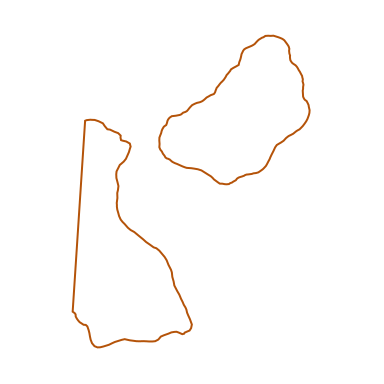 North Thiladhunmathe, Maldives (Mercator projection), rotated 94°
{"feature_id": "70690204B83662482201246", "entity_name": "North Thiladhunmathe", "entity_type": "district", "adm_level": 2, "iso_a3": "MDV", "parent_name": "Maldives", "parent_adm1": "", "projection": "mercator", "projection_center": [72.988, 6.959], "detail": "fine", "context": "isolated", "style": "outline", "palette": "amber", "viewbox_px": 384, "rotation_deg": 94, "n_neighbors": 0, "source": "geoboundaries", "source_scale": "gbopen_adm2", "svg_char_len": 4065}
<svg xmlns="http://www.w3.org/2000/svg" viewBox="0 0 384 384"><g transform="rotate(94 192 192)"><path d="M319.7,302.7L321.0,300.6L322.2,299.6L324.4,299.3L326.4,298.0L328.0,296.7L329.7,295.0L330.9,292.8L332.0,290.9L332.0,288.7L333.4,287.0L337.2,285.4L340.0,284.5L343.3,283.7L346.4,282.8L349.8,281.2L352.6,278.5L353.6,275.4L353.3,272.7L352.3,269.6L350.2,264.2L348.4,261.1L347.0,258.5L345.6,254.9L344.4,251.8L343.5,248.9L343.9,246.3L344.3,243.6L344.5,240.1L344.7,237.2L344.6,234.1L344.2,230.3L344.1,227.2L344.1,224.0L343.9,221.3L343.4,218.3L342.3,216.5L341.7,215.5L340.9,214.8L338.4,213.0L336.9,210.1L334.9,205.5L333.5,202.8L332.8,199.9L332.5,197.7L333.1,195.6L334.0,193.1L334.5,191.8L333.9,190.0L332.8,189.5L331.7,187.4L330.4,184.8L327.9,183.4L324.2,182.9L319.0,185.2L315.3,187.2L312.7,188.5L309.7,189.4L307.6,190.5L305.1,192.3L302.3,193.7L299.3,195.5L295.3,197.5L291.9,199.8L286.5,203.1L282.5,204.1L278.1,205.7L273.6,206.5L271.1,207.5L266.3,210.4L261.9,212.5L258.8,214.7L256.1,217.3L252.8,220.5L250.6,223.6L249.9,226.4L247.4,230.4L245.1,234.3L242.5,237.6L240.6,240.3L238.7,243.0L235.9,246.9L234.2,250.6L232.1,253.5L228.6,257.0L226.7,259.2L224.5,261.2L221.2,263.0L217.5,264.3L214.8,265.3L211.9,265.9L210.2,266.0L208.2,266.3L203.2,266.0L198.2,266.5L195.2,266.0L191.2,265.8L187.4,267.0L183.3,268.4L179.6,268.8L176.7,268.7L173.4,267.3L170.0,265.9L168.8,264.6L166.4,262.2L163.5,260.2L160.2,259.0L156.6,257.7L153.3,257.0L151.0,256.4L148.0,257.4L146.2,261.1L145.6,264.9L145.2,266.4L142.8,267.1L140.7,267.1L138.4,269.8L137.3,273.6L135.5,278.1L135.3,280.8L132.4,283.6L129.7,285.7L127.9,290.2L126.9,294.1L127.0,296.5L127.0,298.5L127.4,300.7L127.7,302.2L128.4,303.6L319.7,302.7ZM181.6,162.3L181.9,159.8L181.9,158.1L181.5,155.7L180.5,154.5L179.8,152.8L178.8,151.6L177.2,149.1L175.6,148.1L174.4,146.6L173.7,145.0L173.0,143.1L172.1,141.1L171.4,140.2L170.8,138.8L170.5,136.9L170.2,135.5L169.8,133.6L169.1,132.0L168.6,129.4L167.8,127.2L166.0,124.9L164.4,123.0L163.4,122.1L160.9,120.1L158.9,119.1L156.3,118.0L153.9,116.9L152.0,116.3L149.4,115.3L145.4,113.6L141.7,112.2L139.2,110.7L137.6,108.4L136.6,106.9L134.5,104.2L131.6,101.9L129.5,99.6L128.1,97.2L126.8,95.1L125.0,93.2L123.9,92.0L122.8,90.4L122.0,89.1L120.4,87.7L118.5,86.1L115.9,84.4L113.5,83.0L111.0,81.9L107.2,80.8L104.9,80.4L102.2,80.4L98.9,81.4L97.1,81.8L95.1,82.9L93.3,84.0L92.4,85.5L91.7,86.3L90.5,87.1L89.2,87.8L86.2,88.2L83.2,88.6L81.3,88.4L79.5,88.5L77.2,88.3L75.5,88.8L74.0,89.4L71.7,89.3L70.1,89.9L68.5,90.3L67.9,90.7L66.0,91.9L64.5,92.8L63.0,94.0L61.3,95.0L59.8,96.1L58.4,97.5L57.5,99.1L56.4,100.9L55.2,102.0L53.8,103.0L52.3,103.4L50.6,103.7L49.0,103.7L47.1,104.5L44.4,105.0L42.3,104.9L40.1,105.7L38.3,107.0L36.4,108.6L34.2,110.5L33.0,112.4L32.2,114.6L31.6,116.6L31.0,119.1L30.4,121.7L30.8,124.5L30.8,126.9L31.2,129.7L32.6,131.5L33.2,132.9L34.4,134.6L35.5,136.1L36.7,137.2L38.3,138.5L40.0,139.8L41.0,141.1L41.8,142.3L42.6,143.8L43.3,145.2L44.3,147.2L45.0,148.5L46.2,150.0L47.7,150.9L49.3,151.5L51.0,152.2L53.4,152.5L55.2,152.8L56.6,153.1L59.2,153.9L62.0,154.3L63.6,156.7L65.3,159.4L67.0,161.7L68.4,162.3L71.3,164.3L72.9,165.6L75.0,166.5L77.8,168.1L79.9,169.8L80.8,170.7L82.9,172.2L83.9,172.8L85.3,173.8L86.3,174.6L89.1,175.5L90.8,175.9L92.5,176.8L93.0,177.6L94.1,180.1L95.3,181.8L96.7,184.0L98.2,185.4L99.4,186.6L100.6,188.0L101.5,189.6L101.9,190.5L102.8,193.4L103.8,195.4L105.3,197.9L107.2,199.5L108.8,200.7L110.3,201.7L111.7,202.8L112.6,204.2L113.5,206.4L115.3,208.2L116.0,209.6L116.5,211.5L117.0,213.3L117.8,217.5L119.5,219.6L121.2,220.8L122.6,221.4L124.9,221.8L127.0,222.4L127.9,223.6L128.9,224.7L131.3,225.9L133.1,226.5L135.5,226.9L137.6,227.6L140.0,228.3L143.0,228.2L146.3,227.7L149.6,227.7L151.9,226.6L153.7,224.9L155.8,223.7L157.8,221.9L159.4,220.9L160.3,219.4L160.5,218.2L161.2,216.4L161.9,215.6L163.3,213.7L164.4,211.1L165.1,208.7L165.9,206.6L167.1,203.3L167.8,201.0L168.3,199.0L168.3,196.7L168.3,194.4L168.5,191.8L168.9,187.8L169.8,184.1L171.4,181.1L173.6,177.0L175.0,174.3L176.5,172.4L177.9,171.0L179.1,169.1L180.5,166.9L181.7,164.9L181.6,162.3Z" fill="none" stroke="#b45309" stroke-width="2"/></g></svg>